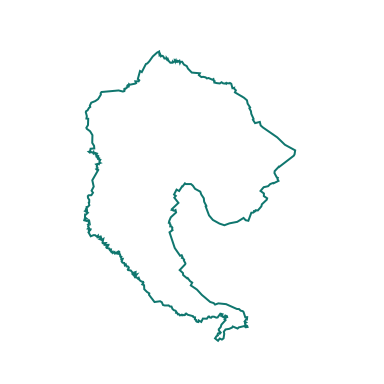 outline of Wang Sai Phun, Phichit, Thailand, rotated 225°
{"feature_id": "78962969B2905707745355", "entity_name": "Wang Sai Phun", "entity_type": "district", "adm_level": 2, "iso_a3": "THA", "parent_name": "Thailand", "parent_adm1": "Phichit", "projection": "orthographic", "projection_center": [100.528, 16.38], "detail": "fine", "context": "isolated", "style": "outline", "palette": "teal", "viewbox_px": 384, "rotation_deg": 225, "n_neighbors": 0, "source": "geoboundaries", "source_scale": "gbopen_adm2", "svg_char_len": 5968}
<svg xmlns="http://www.w3.org/2000/svg" viewBox="0 0 384 384"><g transform="rotate(225 192 192)"><path d="M148.5,294.4L159.7,291.1L170.4,290.9L187.4,287.8L190.5,287.6L193.6,289.5L196.1,285.3L200.1,286.2L200.1,287.2L205.4,289.2L207.4,290.8L210.7,291.8L210.7,292.9L215.1,293.8L218.0,295.7L222.0,295.4L232.1,292.8L232.9,294.9L235.8,294.9L236.0,295.3L236.8,294.0L240.8,296.3L242.3,295.9L242.4,295.2L244.3,293.6L244.3,293.0L245.0,293.2L245.2,292.1L246.9,290.8L248.7,290.5L249.1,288.4L251.5,286.5L253.6,285.2L254.4,286.3L254.9,286.0L256.7,287.0L257.0,285.8L260.9,284.3L261.8,282.8L263.4,282.7L265.6,281.3L266.6,279.9L269.8,279.5L270.4,281.5L276.6,276.3L282.1,276.4L284.7,277.3L287.8,276.4L291.1,277.1L292.2,275.9L291.8,274.8L293.7,275.9L294.0,274.2L294.5,274.4L294.7,273.9L294.9,274.5L295.4,274.3L295.3,273.2L295.6,273.8L296.2,273.5L296.0,272.9L296.5,273.3L296.4,272.8L297.3,272.8L296.5,271.9L297.2,270.4L296.6,269.6L297.7,270.1L297.4,269.4L298.7,268.1L301.5,268.2L303.5,269.1L303.7,268.5L304.7,268.7L304.1,268.0L304.9,268.1L305.9,266.9L308.4,267.6L309.6,267.1L309.9,266.0L310.6,266.4L311.3,265.7L311.7,266.6L312.4,267.1L312.7,266.5L314.6,268.1L315.3,265.8L315.6,260.1L314.6,254.2L314.5,251.3L315.1,249.9L312.3,241.3L314.3,240.8L310.2,233.6L308.3,233.7L308.0,232.5L310.3,230.2L308.5,229.4L308.9,228.3L311.9,223.8L312.7,223.7L311.9,222.6L313.0,222.0L312.9,221.5L311.5,221.4L312.2,219.8L311.8,219.4L312.0,218.3L312.5,217.6L312.1,217.1L312.5,216.8L311.2,215.5L311.9,214.2L315.7,211.9L326.7,198.7L326.4,197.2L325.3,196.4L324.1,191.3L324.7,187.9L326.4,183.9L325.3,180.8L324.1,180.2L324.3,178.5L323.6,175.9L324.0,174.1L323.5,173.3L320.0,171.3L318.6,169.3L317.2,170.4L312.9,165.8L312.1,162.7L311.1,162.3L307.0,162.9L302.6,161.8L297.3,156.2L293.9,155.4L291.9,153.7L294.3,150.9L292.8,148.5L293.4,147.5L292.1,147.6L291.7,148.9L289.9,149.6L290.0,150.6L288.7,149.7L288.4,151.0L286.5,151.9L286.4,150.4L284.6,150.9L285.0,149.8L284.6,149.4L284.1,149.5L284.0,150.7L283.4,150.7L282.2,148.9L282.3,148.2L281.3,150.1L280.3,149.2L279.6,149.8L278.9,148.0L278.1,147.4L277.5,147.6L277.9,146.8L277.5,145.8L278.4,145.5L279.3,143.8L278.1,143.8L277.1,142.4L276.2,142.5L275.4,141.6L275.8,140.5L274.6,140.5L274.5,141.3L273.9,141.3L270.8,129.8L265.3,126.3L263.9,121.9L261.5,121.5L260.9,118.6L262.8,116.5L262.7,115.4L261.4,114.3L259.1,113.8L257.4,112.0L257.5,111.5L255.2,110.0L255.2,107.8L255.9,106.8L255.0,105.9L254.9,104.8L253.9,104.6L253.8,105.2L252.7,104.3L254.0,103.5L254.1,102.9L251.0,103.6L251.1,100.7L251.6,100.4L249.8,98.4L247.9,98.6L248.8,96.9L248.2,95.8L245.9,97.1L245.1,99.1L244.6,99.1L242.6,97.7L243.8,97.7L242.2,96.5L242.4,95.3L241.3,95.2L241.0,94.1L239.6,93.8L239.6,92.5L237.3,93.9L237.0,93.1L237.6,91.8L236.6,91.2L236.7,90.3L232.3,89.1L231.1,91.9L229.9,93.0L227.7,93.2L227.6,94.5L226.6,93.4L225.1,96.0L223.6,95.2L224.0,93.4L221.9,94.2L221.5,96.0L219.4,92.8L218.9,92.7L217.0,94.8L216.9,94.1L217.6,93.4L216.5,92.7L213.7,95.5L213.3,94.8L214.2,93.6L213.0,93.0L213.4,92.3L212.8,92.1L210.4,93.6L209.3,93.4L209.3,92.1L208.5,93.9L207.6,92.8L206.3,92.5L205.9,93.7L204.8,93.0L204.3,94.8L202.9,94.1L202.4,96.3L201.3,95.5L200.6,96.1L202.0,97.3L201.9,98.1L201.2,98.3L199.4,96.7L198.7,97.0L197.4,95.9L196.4,96.2L196.4,95.6L195.3,95.4L194.5,94.5L193.7,95.6L192.6,93.1L191.1,92.9L189.8,93.9L187.7,92.7L187.6,94.0L185.6,93.1L184.8,94.0L183.6,94.0L183.0,93.7L182.6,91.8L182.0,91.6L179.8,93.2L176.6,92.9L175.3,95.5L174.2,94.1L175.7,91.9L174.1,91.9L172.8,94.6L172.5,92.4L173.2,91.8L171.9,91.4L171.0,92.4L168.8,92.5L168.9,93.6L166.6,92.6L164.3,93.0L163.0,93.9L162.2,93.5L161.8,91.5L160.0,92.2L157.0,89.5L153.1,89.5L150.5,90.1L149.7,88.9L140.7,87.7L137.3,92.2L135.4,92.7L132.6,91.6L131.0,92.5L128.3,95.3L126.7,95.4L125.5,96.5L123.1,95.5L121.3,95.6L119.7,96.4L118.5,96.3L117.9,95.3L116.8,96.0L115.5,95.5L115.0,96.3L113.3,96.2L112.6,97.8L111.8,97.8L111.7,98.6L110.5,99.2L110.0,100.2L110.5,101.4L110.1,102.0L108.4,102.1L103.5,104.9L102.5,104.5L101.2,105.5L99.9,104.0L98.6,104.4L97.6,103.6L96.6,103.8L95.6,104.5L96.5,105.9L93.6,106.7L94.8,110.2L91.9,112.9L92.3,115.6L91.8,116.1L90.8,115.9L89.6,116.6L89.6,118.1L88.3,119.4L86.0,120.3L85.2,121.4L85.9,126.0L85.0,126.6L84.0,125.5L83.7,126.7L82.6,125.4L81.5,125.7L80.8,126.4L81.1,128.2L79.4,128.9L78.7,128.4L79.8,127.2L78.9,126.3L79.1,125.1L77.7,125.1L77.4,119.0L76.2,116.8L76.0,113.8L75.1,113.1L72.3,112.9L72.2,111.5L73.0,111.5L73.6,110.5L73.3,109.4L72.3,108.9L72.7,107.3L72.2,104.8L68.4,105.2L68.8,108.0L66.5,108.8L66.2,110.8L68.9,114.5L70.7,115.7L71.1,118.5L68.9,121.6L67.8,124.5L68.1,125.7L63.2,127.7L63.2,129.3L60.2,134.2L58.4,134.3L57.3,135.8L58.3,136.3L60.3,135.7L61.9,136.8L61.5,138.0L63.2,137.7L63.7,140.5L63.1,140.8L64.5,142.5L65.8,141.1L70.7,143.6L71.9,143.6L73.7,142.5L75.9,142.5L77.6,141.0L88.6,136.8L94.6,131.9L96.1,128.7L98.1,128.8L101.4,127.1L112.3,126.2L119.5,126.5L126.8,125.1L127.8,128.1L130.3,127.6L134.2,128.1L134.3,127.5L139.5,127.0L141.1,128.3L145.5,128.1L145.7,136.1L146.2,136.9L149.3,137.8L149.6,138.5L151.6,138.8L152.5,138.3L153.0,139.4L154.6,140.0L155.3,138.5L164.6,140.2L179.4,147.6L178.8,151.3L179.7,151.6L180.7,152.9L182.3,153.1L183.1,152.3L184.3,153.8L185.3,153.8L186.0,154.4L186.6,153.9L187.6,155.4L189.1,159.1L188.8,166.3L190.9,167.6L191.3,166.1L193.5,165.1L193.4,165.9L194.1,165.9L193.9,174.7L200.5,175.5L200.7,177.8L202.9,177.5L204.6,182.8L201.8,183.6L203.0,189.1L202.6,189.3L203.1,193.1L202.0,193.2L198.3,196.9L195.9,197.1L192.1,196.4L186.4,198.1L183.7,196.8L179.2,195.9L176.5,193.7L172.0,192.3L172.2,191.5L163.4,187.5L157.5,187.0L150.2,189.1L145.6,191.4L143.3,196.4L138.9,202.9L137.2,210.1L134.1,210.0L131.8,211.5L135.4,219.3L134.1,220.8L134.0,221.7L134.6,222.4L133.6,223.2L134.1,224.1L132.4,225.5L132.8,230.9L133.9,232.7L133.7,239.4L134.4,240.7L138.3,239.9L140.1,241.8L144.3,241.2L144.7,246.1L142.3,249.9L142.3,253.0L141.0,255.8L140.5,255.8L138.7,261.0L140.9,261.7L141.3,262.7L142.5,262.3L147.1,263.7L148.3,265.2L148.5,271.3L148.1,271.3L145.7,289.6L146.1,291.1L148.5,294.4Z" fill="none" stroke="#0f766e" stroke-width="2"/></g></svg>